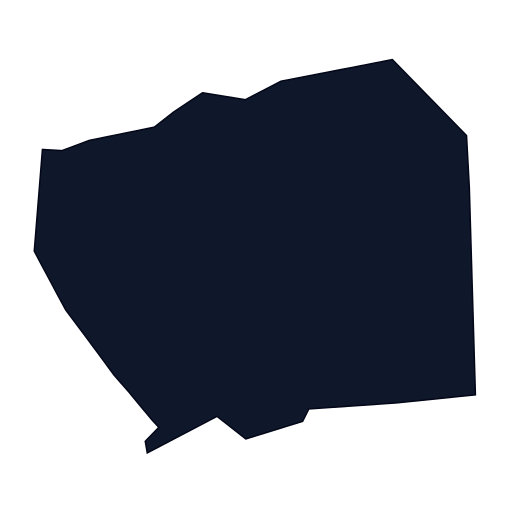 the district of Magdalena Zahuatlán, Oaxaca, Mexico, rotated 271°
{"feature_id": "50627088B33073953596655", "entity_name": "Magdalena Zahuatlán", "entity_type": "district", "adm_level": 2, "iso_a3": "MEX", "parent_name": "Mexico", "parent_adm1": "Oaxaca", "projection": "albers", "projection_center": [-97.231, 17.392], "detail": "fine", "context": "isolated", "style": "filled", "palette": "ink", "viewbox_px": 512, "rotation_deg": 271, "n_neighbors": 0, "source": "geoboundaries", "source_scale": "gbopen_adm2", "svg_char_len": 736}
<svg xmlns="http://www.w3.org/2000/svg" viewBox="0 0 512 512"><g transform="rotate(271 256 256)"><path d="M121.0,477.8L328.3,468.1L380.1,464.4L454.8,388.9L445.0,343.1L444.7,341.4L431.2,277.9L416.6,250.9L413.4,245.0L412.1,242.7L418.3,199.7L398.6,171.2L383.1,152.1L368.7,87.3L358.0,60.2L358.8,40.6L257.0,34.2L243.6,41.6L234.5,46.7L222.3,53.5L216.1,56.9L198.7,66.7L170.1,88.9L162.0,95.1L155.8,99.9L145.3,107.9L144.6,108.4L139.7,112.1L134.5,116.1L126.6,123.2L126.2,123.6L117.4,131.6L114.3,134.2L105.5,141.7L99.0,147.3L98.6,147.7L90.0,155.1L83.0,161.8L73.9,153.3L71.5,151.0L68.8,148.5L57.2,150.7L95.0,219.8L72.9,249.0L91.5,305.5L104.0,311.5L111.6,399.3L118.9,460.0L121.0,477.8Z" fill="#0f172a" stroke="#020617" stroke-width="1.5"/></g></svg>